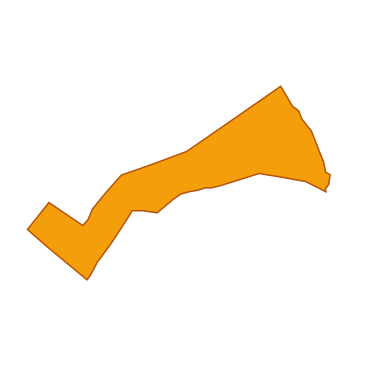 the district of Halac, Chardzhou, Turkmenistan, rotated 42°
{"feature_id": "10190150B91732086642718", "entity_name": "Halac", "entity_type": "district", "adm_level": 2, "iso_a3": "TKM", "parent_name": "Turkmenistan", "parent_adm1": "Chardzhou", "projection": "mercator", "projection_center": [64.556, 37.553], "detail": "fine", "context": "isolated", "style": "filled", "palette": "amber", "viewbox_px": 384, "rotation_deg": 42, "n_neighbors": 0, "source": "geoboundaries", "source_scale": "gbopen_adm2", "svg_char_len": 1110}
<svg xmlns="http://www.w3.org/2000/svg" viewBox="0 0 384 384"><g transform="rotate(42 192 192)"><path d="M176.2,100.9L168.4,133.8L164.1,152.0L160.8,165.6L145.1,195.7L134.0,216.1L128.2,226.7L128.4,250.1L129.4,270.9L133.2,282.1L133.3,290.0L130.1,290.4L111.5,293.0L92.7,295.6L94.8,330.0L102.6,329.9L121.8,329.6L123.9,329.5L172.8,327.5L172.8,327.4L172.2,321.8L168.6,307.6L167.8,298.4L166.4,284.9L163.7,267.0L161.9,256.0L160.1,245.9L160.6,245.5L167.7,239.0L170.7,237.0L180.0,230.8L181.3,221.8L181.6,219.9L182.9,210.0L184.8,201.8L185.0,201.2L189.9,193.4L190.0,193.3L194.3,187.9L197.7,182.5L199.2,179.9L199.6,179.5L203.7,175.9L209.0,168.1L213.7,160.2L218.0,152.9L220.5,148.6L226.9,137.8L229.4,133.6L229.7,133.1L236.1,129.2L238.5,127.6L243.1,124.6L247.7,121.7L260.6,113.7L269.4,108.2L270.5,107.9L280.5,105.2L289.4,102.8L291.3,102.2L289.1,100.6L288.6,95.1L283.2,86.8L277.9,87.7L269.9,81.7L269.5,81.5L259.1,76.5L256.0,74.8L240.1,66.9L228.6,64.9L224.6,64.2L217.1,60.3L210.1,60.9L209.2,61.1L205.4,59.8L197.3,57.2L187.2,54.0L184.4,65.9L179.8,85.5L176.2,100.9Z" fill="#f59e0b" stroke="#b45309" stroke-width="1.5"/></g></svg>